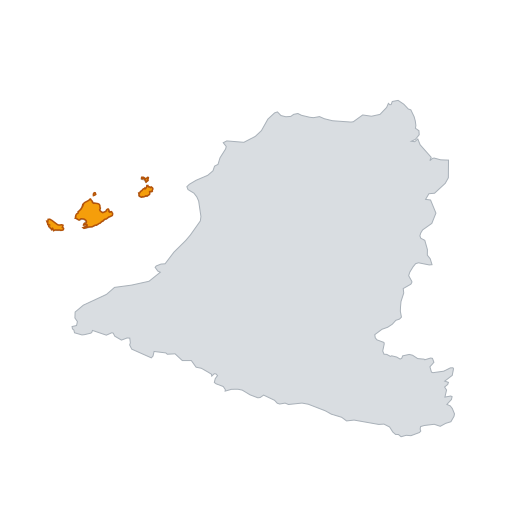 where Baleares sits in Spain, rotated 185°
{"feature_id": "ESP-5808", "entity_name": "Baleares", "entity_type": "Autonomous Community", "adm_level": 1, "iso_a3": "ESP", "parent_name": "Spain", "parent_adm1": "", "projection": "orthographic", "projection_center": [2.709, 39.359], "detail": "fine", "context": "in_parent", "style": "filled", "palette": "amber", "viewbox_px": 512, "rotation_deg": 185, "n_neighbors": 0, "source": "natural_earth", "source_scale": "10m", "svg_char_len": 7595}
<svg xmlns="http://www.w3.org/2000/svg" viewBox="0 0 512 512"><g transform="rotate(185 256 256)"><path d="M275.0,118.7L274.9,120.2L277.2,123.1L284.6,125.2L286.5,126.4L285.9,130.3L283.9,133.5L285.5,135.0L287.3,135.1L289.6,132.5L290.0,134.3L293.3,136.0L300.7,139.4L306.0,140.0L311.3,146.2L320.3,145.4L328.1,151.5L335.8,150.4L337.4,151.6L349.2,152.0L349.9,147.3L351.4,145.4L371.7,152.4L374.1,156.4L373.6,158.5L374.6,163.2L377.3,163.1L382.7,160.5L389.7,163.8L391.5,166.7L392.9,167.0L398.2,164.1L412.4,167.6L413.0,165.4L414.0,164.7L420.0,162.7L422.5,162.2L430.1,163.7L431.0,166.4L432.5,167.4L433.1,169.7L428.7,171.1L428.2,175.1L431.0,178.5L431.3,184.4L423.7,192.0L401.5,204.8L394.2,212.4L377.6,216.1L360.4,221.5L349.9,231.5L352.5,232.4L355.5,235.9L354.5,237.4L349.9,239.7L345.9,240.3L338.1,252.7L327.3,265.4L323.2,271.2L314.5,286.1L314.3,290.5L317.9,305.7L320.1,309.7L323.3,313.2L329.5,316.2L330.9,319.0L328.7,321.6L322.3,326.2L311.1,332.2L306.3,337.1L305.1,341.9L301.8,344.0L300.4,350.7L295.6,360.0L295.2,362.5L298.5,366.0L295.1,368.1L278.0,368.2L267.1,375.1L261.5,381.4L256.1,393.4L249.9,400.2L247.2,401.4L243.4,398.1L238.4,397.3L233.5,398.1L230.8,400.4L226.7,401.6L222.9,400.1L214.6,398.9L210.8,398.8L204.9,400.4L199.9,398.7L191.5,397.4L173.1,397.7L170.8,398.2L162.0,405.8L153.1,405.3L144.8,407.9L138.8,415.4L137.4,419.6L135.9,418.4L134.6,418.6L133.7,421.8L128.0,423.4L122.0,420.1L117.1,415.7L114.5,415.1L110.6,408.5L109.1,404.4L108.1,400.0L108.3,397.1L104.6,395.0L104.0,391.0L107.3,386.2L111.3,383.8L107.8,383.7L105.0,386.7L102.2,381.1L90.1,369.6L91.1,366.1L88.7,368.6L87.1,369.1L80.4,367.9L72.6,368.3L71.2,350.7L73.8,344.9L83.6,334.1L89.2,333.1L92.0,327.2L87.0,327.0L80.5,314.4L83.7,303.8L92.3,296.5L93.9,293.3L94.5,290.3L93.3,288.0L89.2,286.3L85.8,277.3L85.4,271.8L82.2,268.4L79.9,262.7L82.6,262.2L93.5,263.4L96.3,262.3L98.6,258.9L101.4,253.3L102.2,249.7L98.5,244.2L98.5,243.1L99.3,241.4L106.5,236.4L105.6,232.0L107.6,223.2L107.6,217.9L107.4,213.6L105.8,207.8L107.5,205.7L111.1,204.1L114.3,199.9L118.6,196.5L124.1,194.0L130.8,188.0L130.1,184.9L128.2,183.0L121.0,181.0L120.6,179.6L121.5,172.4L119.9,169.3L117.2,169.4L113.3,167.7L112.2,168.4L107.0,167.6L103.5,165.9L101.9,166.8L101.2,169.3L94.8,171.3L91.4,170.8L86.0,167.9L79.6,167.9L78.9,167.3L73.1,169.6L71.3,169.4L69.5,165.6L73.1,160.8L71.1,155.6L69.5,155.2L59.0,157.6L52.6,161.5L50.1,161.8L49.4,160.9L50.1,154.2L57.1,147.8L53.3,146.9L53.8,144.8L56.7,141.9L54.5,139.1L55.5,131.9L49.8,133.5L48.4,133.0L48.8,130.1L52.9,124.8L49.4,123.6L47.1,121.1L44.5,116.0L44.8,113.5L47.4,107.9L52.5,105.8L57.6,102.4L63.8,103.9L73.7,101.8L77.2,100.4L77.4,97.9L76.6,96.0L77.8,94.4L86.0,90.5L90.7,90.5L95.7,88.6L98.6,90.6L101.4,90.4L104.4,92.6L108.0,97.3L113.9,99.7L119.0,98.9L144.0,101.1L151.4,99.6L156.6,102.8L167.2,105.0L173.4,107.8L191.0,112.9L197.4,113.5L210.7,110.9L214.2,112.0L219.5,110.6L222.0,111.2L225.0,113.9L236.3,118.1L239.5,115.4L241.8,114.9L249.9,117.2L258.0,121.2L262.3,121.7L268.7,121.1L275.0,118.7ZM428.5,276.2L431.7,277.6L435.0,276.3L436.7,276.7L438.5,277.4L438.9,280.1L431.9,293.4L426.2,297.1L420.5,294.2L417.2,293.5L416.3,292.4L415.5,288.2L414.0,286.8L411.8,286.2L407.4,289.5L406.0,287.3L403.9,286.9L403.1,285.5L403.2,283.8L416.7,273.5L420.6,271.2L428.9,268.5L430.2,268.9L429.1,270.5L430.3,271.9L428.5,276.2ZM466.7,270.4L465.5,274.1L455.4,269.3L452.1,268.8L451.3,268.1L451.6,264.4L458.3,263.8L463.7,265.5L466.7,270.4ZM372.3,313.1L371.1,315.7L366.1,314.7L365.0,313.6L366.1,310.7L367.6,310.3L367.7,308.2L369.2,306.1L376.4,304.5L378.0,306.0L378.3,308.0L374.0,312.5L372.3,313.1ZM377.1,323.7L376.4,324.2L370.9,323.6L370.8,321.9L372.0,319.5L373.9,321.9L377.1,322.4L377.1,323.7Z" fill="#d9dde1" stroke="#a8b0b8" stroke-width="1"/><path d="M435.4,276.4L436.3,276.7L438.2,277.8L439.3,277.9L439.1,278.3L439.2,278.7L439.3,279.0L439.3,279.3L439.2,279.5L438.9,280.0L439.1,280.5L438.7,281.7L438.3,282.3L437.9,282.6L437.4,282.8L437.0,283.3L436.9,283.9L437.1,284.6L435.8,285.8L434.4,287.5L433.4,289.6L433.1,292.0L432.8,291.8L432.7,291.6L432.2,293.4L431.1,294.5L428.1,296.4L426.8,297.5L426.6,298.0L426.2,298.3L425.9,298.4L425.7,298.3L424.8,296.9L424.6,296.8L424.1,296.5L423.9,296.4L423.7,296.0L423.7,295.5L423.6,295.1L423.3,294.9L423.0,294.8L422.5,294.4L422.2,294.3L421.8,294.4L421.3,294.6L421.0,294.6L418.1,294.4L416.8,293.9L416.0,292.9L415.6,290.5L415.2,290.2L415.3,289.5L415.8,288.5L415.4,287.6L414.4,286.8L413.3,286.1L412.5,285.8L411.8,286.1L409.6,287.3L409.2,287.7L408.9,288.9L408.0,289.8L407.1,289.9L406.5,288.8L406.4,288.7L406.4,288.3L406.5,288.1L406.7,287.9L405.9,287.0L405.6,287.4L405.3,287.5L405.1,287.4L404.9,287.0L404.0,287.5L403.8,287.6L403.5,287.3L403.2,286.6L402.6,286.1L402.5,285.3L402.5,284.5L402.7,283.8L405.1,282.3L405.8,282.2L406.3,281.8L408.0,280.1L408.5,279.8L409.1,279.7L409.7,279.5L410.2,279.1L411.3,278.0L411.4,277.8L411.6,277.2L411.9,277.1L412.2,277.1L412.4,277.1L413.2,276.3L413.3,276.1L414.1,275.2L414.3,275.0L414.5,275.0L415.5,274.5L416.0,274.1L416.3,273.7L416.7,273.4L417.2,273.3L417.3,273.2L417.5,272.8L417.7,272.7L418.3,272.8L418.7,272.7L419.6,272.3L421.6,270.9L422.6,270.7L424.4,270.5L426.2,270.0L429.6,268.6L430.1,269.2L430.3,268.9L430.8,269.2L430.4,269.4L429.3,270.0L428.8,270.1L428.4,270.3L427.9,270.8L427.5,271.2L427.2,271.0L426.9,271.0L426.9,272.3L428.0,272.5L430.5,271.8L430.5,272.1L430.2,272.3L430.2,272.6L430.2,272.9L430.1,273.2L429.9,273.5L429.7,273.6L429.2,273.8L428.1,274.1L427.9,274.4L427.9,275.3L428.2,276.3L429.1,277.1L430.2,277.7L431.1,277.9L433.4,277.9L433.9,277.7L434.9,276.6L435.4,276.4ZM466.3,270.0L466.5,270.6L467.2,271.8L467.5,272.5L467.3,272.5L467.1,272.2L466.9,272.0L466.7,271.8L466.4,271.6L466.3,274.4L464.6,274.7L462.3,273.6L456.9,270.2L455.8,269.7L454.5,269.7L452.2,270.2L450.9,269.8L451.0,269.3L451.1,268.7L451.2,268.1L451.5,267.7L451.3,267.5L450.6,267.3L450.3,267.0L450.0,266.5L450.0,266.3L450.1,266.1L450.2,265.6L450.6,265.0L452.8,264.5L453.6,264.8L456.7,264.5L458.1,264.5L458.4,264.4L458.9,264.2L459.4,263.8L459.8,263.6L459.9,264.1L460.2,264.4L460.9,265.0L460.8,265.4L460.8,265.7L461.0,265.9L461.2,265.7L461.5,265.4L461.8,265.0L461.7,264.3L461.9,264.2L462.1,264.4L462.0,265.0L462.2,265.3L463.1,265.8L463.3,266.2L463.5,266.3L463.8,266.7L464.0,266.8L464.5,266.9L464.7,267.0L465.0,267.4L465.3,268.1L465.3,268.8L464.7,269.0L465.3,269.3L465.8,269.2L466.2,269.3L466.3,270.0ZM377.8,305.8L377.6,306.2L377.8,307.0L378.3,308.5L377.7,308.5L377.3,308.8L377.0,309.4L376.9,310.0L376.7,310.3L375.6,311.0L374.5,312.6L374.1,313.0L373.1,313.5L372.8,313.9L372.7,313.7L372.4,313.5L372.3,313.3L371.8,314.0L371.3,314.3L370.9,315.7L370.9,316.7L369.8,316.8L369.5,315.9L368.9,315.4L368.4,315.6L368.2,315.6L367.7,315.6L367.5,315.1L367.0,314.9L366.4,315.1L366.2,315.6L365.1,314.9L364.7,314.4L364.6,313.6L365.0,312.6L365.1,312.0L364.9,311.5L365.1,311.2L365.5,311.0L365.8,311.0L366.2,311.2L366.5,311.0L366.8,310.9L367.6,310.9L367.3,309.1L367.4,308.1L367.8,307.7L368.2,307.5L368.7,307.1L369.5,306.3L370.0,306.5L370.7,306.0L371.1,306.3L371.7,305.8L372.6,305.3L373.6,305.0L374.3,305.2L374.6,304.8L375.0,304.6L375.5,304.6L376.0,305.1L376.3,305.2L376.9,305.2L377.2,305.3L377.5,305.5L377.8,305.8ZM374.9,323.4L376.2,322.8L376.8,323.5L376.7,324.5L375.9,324.6L374.8,324.6L373.2,323.5L372.6,323.2L372.0,323.7L371.7,323.9L371.1,324.7L370.6,325.0L370.1,324.8L370.3,324.0L370.1,323.7L370.2,323.2L370.3,322.9L370.5,322.5L370.5,322.2L370.3,322.1L370.1,321.9L370.3,321.6L370.8,321.1L371.0,321.3L371.3,321.2L371.7,320.7L371.8,320.1L372.0,320.1L372.0,320.3L373.6,322.7L374.9,323.4ZM423.4,302.8L423.3,304.0L422.6,305.0L421.6,304.9L421.0,303.4L421.9,302.6L423.2,302.0L423.4,302.8Z" fill="#f59e0b" stroke="#b45309" stroke-width="1.5"/></g></svg>